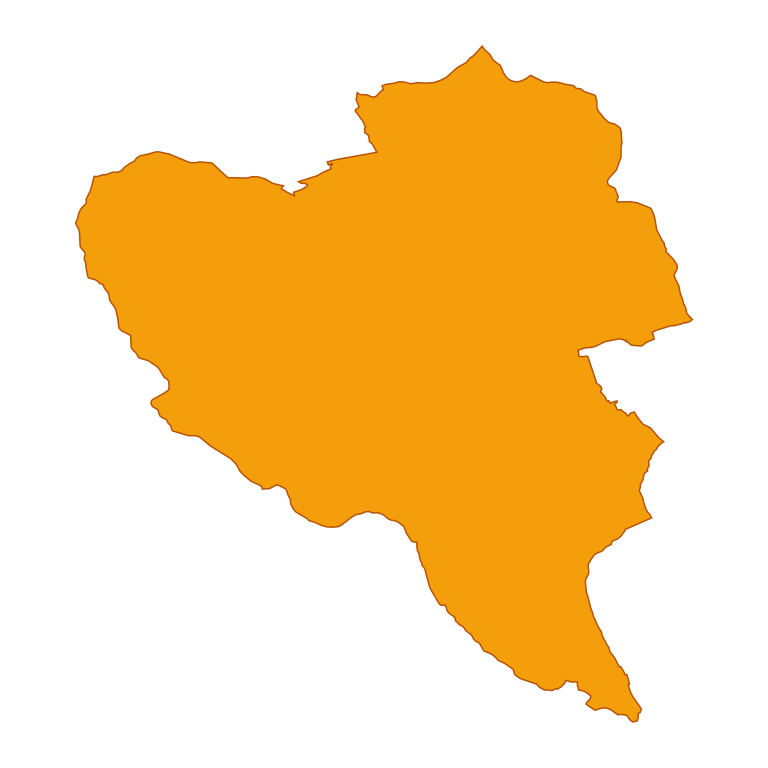 outline of Valcanesti, Prahova, Romania
{"feature_id": "2599482B34913697582269", "entity_name": "Valcanesti", "entity_type": "district", "adm_level": 2, "iso_a3": "ROU", "parent_name": "Romania", "parent_adm1": "Prahova", "projection": "equal_earth", "projection_center": [25.94, 45.128], "detail": "fine", "context": "isolated", "style": "filled", "palette": "amber", "viewbox_px": 768, "rotation_deg": 0, "n_neighbors": 0, "source": "geoboundaries", "source_scale": "gbopen_adm2", "svg_char_len": 6053}
<svg xmlns="http://www.w3.org/2000/svg" viewBox="0 0 768 768"><path d="M640.1,712.6L641.4,709.0L633.2,697.2L630.9,693.2L628.1,685.1L629.4,684.5L629.4,683.2L626.8,674.4L624.9,674.7L624.2,672.5L622.6,669.7L620.6,666.6L619.3,666.8L614.6,657.8L610.0,651.9L608.8,647.3L607.2,645.3L602.8,636.9L601.8,634.4L601.6,632.3L597.3,625.2L594.9,619.1L593.5,616.6L592.6,612.8L591.1,609.2L587.1,593.9L586.5,593.0L585.3,581.4L586.2,578.2L588.4,574.1L588.8,572.6L588.1,564.3L593.6,555.6L596.9,553.0L601.7,551.4L605.8,547.2L611.1,544.5L611.9,542.0L612.8,540.8L617.1,539.2L620.6,536.5L624.7,531.1L625.3,529.4L651.6,517.9L649.7,514.3L647.7,512.2L645.9,509.0L643.9,503.2L642.9,498.4L639.4,490.8L639.5,489.4L640.4,487.4L640.3,484.9L642.9,479.8L644.0,474.3L645.1,472.7L647.5,471.0L647.5,468.5L649.0,465.8L648.6,460.8L650.9,458.6L651.7,455.6L654.2,451.3L656.6,449.1L657.5,447.2L658.6,445.8L661.5,443.0L663.7,441.8L658.6,437.6L650.6,428.0L642.8,424.1L637.2,416.9L634.2,411.9L630.1,413.5L628.7,415.5L628.1,416.1L627.7,415.9L625.7,413.2L622.3,411.1L621.1,409.6L618.0,410.1L616.7,409.0L615.9,406.4L614.4,404.0L616.8,402.7L617.1,401.6L616.8,400.9L612.2,402.3L610.3,403.3L608.9,400.8L606.8,400.7L604.9,396.6L600.6,391.8L601.7,388.9L601.4,387.3L599.8,385.6L596.3,383.0L596.0,381.0L587.8,356.5L586.4,356.1L581.9,356.7L579.5,356.4L578.8,355.7L578.6,352.2L577.9,350.4L585.1,347.8L590.3,347.5L595.0,346.6L604.9,341.7L619.3,338.8L623.6,339.7L624.5,340.5L626.1,340.2L626.0,341.7L627.3,341.8L631.4,345.2L640.8,346.0L642.2,345.6L646.6,342.2L654.2,339.1L653.0,334.2L652.0,332.4L656.2,330.3L670.7,325.8L674.7,325.6L682.0,323.8L683.9,322.3L685.0,323.1L689.8,321.6L692.3,319.5L686.8,313.5L685.5,307.3L683.5,303.7L682.4,298.7L680.3,293.6L678.9,286.0L674.2,276.4L674.5,274.0L677.0,269.1L677.3,267.9L677.0,265.0L673.1,258.9L666.2,252.1L666.1,248.8L664.5,245.9L664.1,243.0L661.9,240.1L656.7,229.8L654.6,217.1L652.1,210.6L650.8,208.3L637.4,202.8L630.2,201.8L617.1,201.9L617.2,199.2L618.0,197.9L618.2,196.5L616.1,191.7L615.7,189.8L615.0,188.5L613.7,187.6L609.0,185.4L607.9,184.2L607.4,181.3L608.0,179.8L609.3,177.8L616.3,170.1L621.1,157.0L621.0,146.5L622.1,142.8L621.6,141.0L621.2,131.5L620.3,128.5L619.1,127.1L614.8,124.1L610.2,122.9L607.8,121.7L604.1,118.2L598.2,110.9L596.9,107.3L596.8,101.7L596.3,98.8L595.4,96.0L594.4,95.0L584.5,91.7L580.6,88.8L576.0,88.3L574.0,85.8L573.3,85.6L565.4,84.3L558.4,82.4L553.4,82.1L546.4,82.6L542.9,81.6L530.7,75.3L525.2,79.2L520.8,81.1L517.3,81.9L512.9,81.3L509.3,79.7L506.7,77.7L503.6,73.0L500.4,65.6L493.2,60.1L490.2,54.8L483.9,49.0L482.3,46.1L473.3,55.8L469.5,58.5L466.5,62.4L457.5,67.4L446.2,77.5L439.8,80.6L435.1,82.3L431.0,82.9L424.4,83.1L418.1,82.6L410.4,83.8L405.2,82.2L399.7,81.7L392.9,83.4L385.6,84.4L382.1,85.8L383.3,89.9L382.4,90.0L379.7,92.4L376.4,96.1L374.1,97.0L372.0,97.0L367.0,94.9L360.8,94.7L359.3,94.2L357.2,92.7L356.2,100.0L359.0,106.8L358.4,107.8L355.5,109.8L355.3,110.3L355.4,111.5L357.4,113.7L363.0,121.5L365.5,127.3L364.4,128.5L365.0,130.6L364.6,132.5L368.1,135.0L368.8,136.6L369.4,141.4L370.4,142.7L371.7,143.0L376.8,152.3L336.9,159.5L327.3,161.9L328.4,165.0L331.4,163.6L332.3,164.0L332.2,164.9L331.1,165.3L330.5,166.2L330.4,167.3L331.0,168.4L329.4,169.6L322.3,172.6L317.9,175.5L298.5,181.7L301.2,183.3L305.9,183.7L307.4,184.8L307.6,185.4L304.8,187.6L300.7,189.9L293.6,192.3L294.4,195.8L288.2,192.9L281.5,189.0L281.7,187.9L283.4,185.9L273.1,183.5L265.0,178.9L259.0,177.1L254.8,176.6L251.4,176.9L246.6,178.1L228.1,177.6L227.4,177.4L212.0,163.0L199.8,161.9L195.6,162.7L191.5,162.7L189.1,162.3L169.4,154.1L158.0,151.7L154.8,152.1L148.4,154.1L140.3,155.7L136.5,158.1L134.4,161.2L131.0,162.8L125.0,166.8L121.4,170.7L117.9,172.2L112.6,172.2L106.0,174.7L102.3,174.9L97.5,176.5L94.1,176.5L91.8,185.8L90.2,191.0L86.1,199.3L86.4,203.1L81.6,208.0L80.7,209.4L78.5,213.8L77.9,217.8L76.1,221.8L75.7,223.5L78.8,229.6L79.6,233.5L80.1,245.9L80.5,247.3L85.1,252.9L85.3,253.9L84.3,258.1L84.4,259.4L85.8,263.6L86.2,268.4L87.8,276.9L89.3,278.2L94.9,279.6L97.2,280.9L99.5,283.4L102.9,284.4L104.4,288.1L108.0,292.7L109.1,295.8L109.5,299.5L110.3,301.3L114.8,307.5L115.8,309.7L117.9,318.8L118.6,325.9L119.5,328.8L121.9,331.0L129.8,334.9L130.7,335.8L131.1,346.8L132.2,349.2L136.4,353.5L138.3,357.1L139.5,358.1L148.2,360.6L157.4,366.9L159.1,368.9L164.4,377.5L166.9,378.9L168.6,381.0L169.1,386.0L168.8,389.8L164.7,392.8L152.5,399.7L151.8,400.5L151.0,402.4L151.1,403.8L152.5,406.5L157.8,409.7L159.8,415.8L162.1,417.6L165.9,419.4L166.9,420.6L168.6,423.8L169.8,424.5L170.6,425.7L172.1,430.4L172.5,430.9L188.6,435.7L196.0,435.7L199.5,437.0L210.6,446.1L230.2,458.2L235.5,463.4L236.5,464.7L239.9,471.1L244.6,476.0L251.0,481.2L260.4,485.6L262.2,487.4L262.3,489.1L269.7,488.6L276.3,484.9L279.5,485.7L285.4,488.8L286.2,489.5L288.0,494.9L290.3,499.4L290.6,503.6L293.4,509.2L295.8,511.9L307.3,518.7L308.8,520.6L314.2,522.1L320.5,525.0L326.2,526.8L331.1,527.2L337.3,526.8L339.5,526.1L342.7,524.3L343.5,523.3L345.5,522.1L350.5,517.9L355.8,514.6L360.3,513.9L365.6,511.8L368.8,511.5L372.9,513.0L377.9,512.8L381.7,514.0L384.4,515.5L387.5,518.4L390.1,519.8L396.0,521.1L398.7,522.5L403.9,526.6L406.2,532.7L411.3,540.9L413.2,541.9L416.9,542.2L416.9,547.2L417.5,551.0L418.9,553.3L420.1,559.8L421.8,563.1L421.8,564.9L424.7,568.6L429.5,586.5L430.6,589.1L439.2,603.9L440.7,605.1L444.9,605.2L446.1,607.0L447.1,610.8L449.3,613.4L455.0,617.5L455.1,619.5L456.0,621.4L458.7,623.7L459.3,624.7L462.3,626.1L463.8,627.6L466.0,630.8L471.1,634.6L473.9,639.5L476.6,641.7L479.3,643.0L483.7,650.8L491.0,653.9L494.7,656.5L498.3,660.4L504.5,663.3L512.2,668.6L513.3,669.7L514.5,674.1L515.6,675.3L520.4,678.6L536.7,684.2L539.3,687.2L544.5,690.0L549.4,690.1L551.9,690.6L555.9,688.7L557.4,689.2L561.3,686.7L564.6,683.2L566.0,680.4L571.0,682.0L577.5,681.9L577.3,685.5L578.3,687.1L578.3,689.9L583.1,690.9L586.2,692.4L590.5,695.6L590.7,697.1L589.9,699.0L586.2,703.1L586.1,704.2L595.0,710.3L600.8,708.3L606.0,707.8L610.6,709.6L618.1,714.9L619.5,714.4L623.8,714.7L627.0,715.6L630.0,720.0L632.7,721.9L636.0,721.3L637.3,720.6L638.1,718.5L638.3,713.4L640.1,712.6Z" fill="#f59e0b" stroke="#b45309" stroke-width="1.5"/></svg>